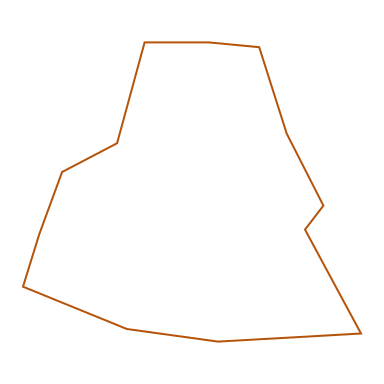 outline of Trinity Palmetto Point
{"feature_id": "KNA-5112", "entity_name": "Trinity Palmetto Point", "entity_type": "Parish", "adm_level": 1, "iso_a3": "KNA", "parent_name": "Saint Kitts and Nevis", "parent_adm1": "", "projection": "orthographic", "projection_center": [-62.746, 17.311], "detail": "fine", "context": "isolated", "style": "outline", "palette": "amber", "viewbox_px": 384, "rotation_deg": 0, "n_neighbors": 0, "source": "natural_earth", "source_scale": "10m", "svg_char_len": 289}
<svg xmlns="http://www.w3.org/2000/svg" viewBox="0 0 384 384"><path d="M361.0,333.5L217.9,341.6L126.8,329.0L23.0,286.7L39.2,234.4L62.1,172.0L117.1,143.2L144.6,42.4L208.8,42.4L259.2,47.2L286.7,133.6L323.4,205.6L305.0,229.6L361.0,333.5Z" fill="none" stroke="#b45309" stroke-width="2"/></svg>